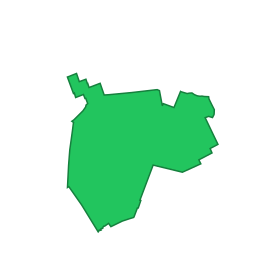 outline of Cerat, Dolj, Romania, rotated 325°
{"feature_id": "2599482B26684248362389", "entity_name": "Cerat", "entity_type": "district", "adm_level": 2, "iso_a3": "ROU", "parent_name": "Romania", "parent_adm1": "Dolj", "projection": "robinson", "projection_center": [23.663, 44.074], "detail": "fine", "context": "isolated", "style": "filled", "palette": "green", "viewbox_px": 256, "rotation_deg": 325, "n_neighbors": 0, "source": "geoboundaries", "source_scale": "gbopen_adm2", "svg_char_len": 1247}
<svg xmlns="http://www.w3.org/2000/svg" viewBox="0 0 256 256"><g transform="rotate(325 128 128)"><path d="M192.3,193.0L193.9,183.1L197.1,163.8L200.7,164.7L203.2,167.9L206.1,166.4L207.0,165.4L209.2,162.5L210.1,156.2L211.0,150.6L212.0,148.6L208.5,145.9L206.9,144.3L205.2,143.3L203.2,141.4L201.5,138.7L200.5,136.0L198.2,134.6L196.2,133.7L192.1,128.5L192.0,128.2L177.4,137.6L170.9,128.3L169.3,129.2L169.1,128.9L175.2,115.4L173.9,113.3L151.2,101.0L131.5,89.8L127.4,87.3L130.8,75.4L119.3,72.5L120.6,68.3L120.2,68.2L121.5,63.9L114.7,62.1L117.1,53.8L107.6,51.5L103.1,68.5L104.1,68.6L102.6,73.0L110.7,75.0L109.7,79.2L110.4,79.5L109.0,84.9L106.9,85.1L105.3,86.5L101.0,88.1L88.3,90.3L85.9,90.3L86.6,92.2L86.4,92.3L80.8,98.5L67.7,112.6L58.0,124.4L44.3,142.0L45.9,142.1L45.9,164.5L44.0,196.0L44.9,195.8L45.7,195.1L46.0,195.2L46.3,195.3L46.6,195.9L46.9,196.1L47.4,196.2L47.5,196.2L47.5,195.4L47.6,195.2L48.7,195.1L49.2,195.5L49.3,195.6L49.7,195.6L49.8,195.6L49.8,195.3L51.7,194.5L52.6,195.0L57.4,195.0L57.4,199.0L70.0,201.0L77.3,203.2L81.3,204.5L81.9,204.3L89.8,198.9L90.5,199.4L96.9,194.7L96.3,194.0L109.7,184.8L127.3,172.8L147.2,195.4L167.1,199.1L167.8,194.7L182.5,196.6L183.5,191.9L192.3,193.0Z" fill="#22c55e" stroke="#15803d" stroke-width="1.5"/></g></svg>